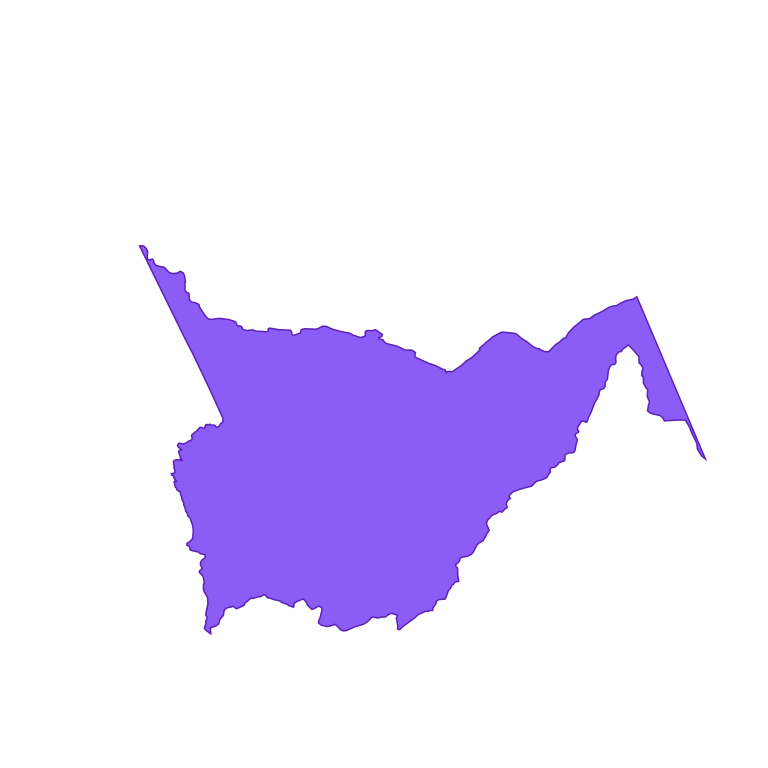 the district of Neno, Neno, Malawi, rotated 245°
{"feature_id": "42251766B14168102698524", "entity_name": "Neno", "entity_type": "district", "adm_level": 2, "iso_a3": "MWI", "parent_name": "Malawi", "parent_adm1": "Neno", "projection": "albers", "projection_center": [34.695, -15.51], "detail": "fine", "context": "isolated", "style": "filled", "palette": "violet", "viewbox_px": 768, "rotation_deg": 245, "n_neighbors": 0, "source": "geoboundaries", "source_scale": "gbopen_adm2", "svg_char_len": 6171}
<svg xmlns="http://www.w3.org/2000/svg" viewBox="0 0 768 768"><g transform="rotate(245 384 384)"><path d="M420.8,223.5L417.8,222.1L417.0,218.9L415.6,216.9L415.1,215.3L415.6,213.9L417.9,213.3L418.9,212.0L419.4,210.5L421.3,209.1L420.9,207.6L422.1,206.5L422.3,205.8L422.2,205.0L420.0,202.7L420.6,201.2L422.3,199.5L422.5,198.7L420.2,193.4L420.3,191.8L419.5,190.5L419.4,188.9L418.4,187.6L415.2,187.1L414.7,185.5L414.7,181.5L414.2,179.9L414.4,177.5L414.9,176.0L416.6,174.1L416.8,172.5L415.2,170.7L413.6,171.0L410.0,172.8L409.8,172.0L410.4,170.5L409.5,169.2L402.3,168.3L400.8,168.9L400.0,168.7L400.1,167.9L402.1,166.6L402.1,165.0L403.1,163.9L403.4,162.2L402.9,160.6L402.4,160.0L400.7,160.1L399.6,159.1L398.0,159.4L396.9,158.2L395.3,158.2L392.3,157.2L392.0,155.6L392.4,153.2L391.6,153.1L389.0,154.8L387.7,153.8L386.3,154.3L385.7,153.8L383.8,155.1L383.2,154.6L384.1,153.2L384.1,152.5L378.8,151.2L377.3,151.9L375.0,151.7L372.4,153.6L363.4,152.0L361.1,152.4L359.6,151.5L355.4,151.3L353.1,150.6L349.1,151.0L347.6,150.4L344.7,151.6L336.8,150.8L332.1,149.4L325.0,145.5L323.1,141.0L323.0,138.7L322.7,137.9L321.3,137.2L320.5,137.5L319.6,138.7L318.0,139.1L315.9,138.1L315.1,138.5L310.0,144.9L307.8,145.8L304.8,149.7L302.3,148.5L301.8,147.9L301.5,144.7L299.7,142.1L297.5,141.2L294.2,141.3L293.5,141.0L292.6,137.8L292.0,137.2L290.4,137.3L287.1,138.5L285.5,138.6L280.1,137.2L278.4,135.6L274.8,133.8L271.6,133.2L265.1,133.9L259.1,131.5L250.8,125.2L249.2,124.8L247.6,125.1L246.2,124.4L244.1,122.0L241.8,121.2L239.6,118.8L238.2,118.0L235.8,118.6L230.8,121.4L236.7,123.8L236.1,125.3L235.8,129.3L236.1,131.8L236.9,133.2L240.0,135.7L242.2,140.7L246.3,143.4L247.2,145.6L247.4,148.0L246.5,151.1L246.3,153.4L242.8,155.1L242.6,156.7L242.5,163.0L242.7,163.8L243.9,164.8L246.1,173.1L245.1,174.3L244.4,179.9L243.4,182.1L243.8,186.0L242.9,187.3L240.6,187.7L239.1,188.5L238.3,189.9L234.9,193.3L231.9,197.4L228.5,199.7L225.2,203.2L223.0,204.1L222.4,205.6L219.9,207.5L220.3,208.2L222.4,208.9L223.2,210.4L223.7,212.7L223.4,219.9L219.8,221.2L215.7,221.2L210.6,223.2L209.9,224.6L210.3,230.4L209.4,231.7L207.5,233.0L205.2,232.1L200.1,228.1L196.2,224.1L194.6,223.8L191.8,225.4L188.2,229.9L187.2,234.6L187.0,237.8L184.1,239.4L179.4,240.8L177.6,242.6L176.4,245.6L176.3,254.7L174.9,263.6L175.5,268.4L177.7,274.5L177.5,275.3L174.7,279.2L173.5,284.2L172.3,286.6L173.2,291.4L173.1,293.8L168.7,298.6L166.5,296.2L158.8,294.2L156.8,292.9L156.0,292.8L154.9,294.0L154.8,295.0L155.9,297.3L159.2,313.5L160.6,317.7L160.4,325.6L159.2,328.5L159.3,330.1L158.2,332.3L160.2,333.6L163.1,338.4L163.9,338.6L165.0,339.9L165.4,341.6L165.2,343.3L163.3,348.1L163.5,348.9L167.4,353.1L169.5,354.9L170.5,357.4L173.0,360.7L173.1,362.4L174.2,363.6L174.5,365.2L173.5,368.3L180.7,370.4L185.3,372.6L186.9,372.7L188.4,372.0L189.9,372.6L191.4,377.3L193.9,379.5L194.1,380.4L194.0,382.1L192.5,386.9L193.0,392.1L194.3,394.4L198.7,400.0L199.7,402.5L200.1,407.5L203.0,411.9L204.7,413.7L206.9,417.5L213.7,417.7L215.2,418.6L216.9,420.6L219.1,425.5L219.4,427.9L219.0,431.2L219.9,434.4L218.0,436.9L219.7,440.8L219.6,442.8L220.0,443.5L222.5,443.8L224.7,444.8L226.1,447.0L226.9,450.2L229.3,449.7L230.0,450.2L231.8,455.5L231.1,463.4L229.2,473.7L229.3,475.5L230.9,479.5L231.3,481.9L230.4,486.8L230.3,491.0L230.7,492.6L232.3,494.6L233.9,497.6L236.2,498.3L237.4,499.3L236.5,503.7L237.1,506.3L238.7,509.6L238.1,514.7L239.0,516.0L242.8,517.9L243.6,519.4L243.4,522.1L241.9,526.3L242.2,528.0L243.5,529.4L247.1,531.8L250.9,535.1L252.5,535.7L255.9,535.4L257.3,536.0L257.8,536.7L258.2,540.1L258.9,540.5L261.3,540.1L263.1,541.6L266.9,547.5L265.1,550.2L263.9,550.8L264.2,552.4L266.8,554.7L271.3,560.2L277.5,566.5L282.7,573.7L286.8,576.6L287.5,578.0L287.0,581.3L288.4,583.5L291.8,584.8L294.1,588.6L301.3,593.0L304.3,596.1L305.3,598.4L304.4,600.9L304.7,602.5L306.0,603.6L308.5,604.4L311.4,606.0L313.0,608.1L313.8,610.4L313.2,612.8L314.9,615.7L315.4,619.9L316.3,621.9L309.2,624.4L301.0,626.6L295.4,624.1L292.1,625.2L289.5,625.4L287.9,624.9L286.4,623.0L282.7,621.1L280.3,621.9L275.0,619.4L272.5,619.8L269.9,619.7L268.4,620.5L267.5,620.5L261.4,617.3L255.6,617.1L252.3,614.2L248.2,611.5L245.9,612.6L243.8,614.3L238.6,621.0L235.4,622.3L232.1,622.5L226.7,636.1L224.1,641.4L223.4,642.0L215.0,642.7L211.6,642.2L198.1,642.4L192.8,640.6L186.9,641.1L183.6,641.9L180.3,643.6L356.2,650.0L355.6,645.6L357.3,638.1L357.2,631.9L356.7,627.8L358.0,624.0L358.4,620.7L357.5,611.9L357.5,604.3L356.4,597.8L358.3,592.2L358.2,591.3L355.2,579.7L353.9,576.3L352.2,572.5L349.1,568.3L349.5,565.8L347.7,560.1L347.3,556.7L343.7,546.8L345.8,542.8L349.7,539.8L350.5,539.7L351.5,537.5L354.8,534.9L362.2,531.2L367.8,527.6L373.2,525.3L375.3,522.9L380.8,513.7L381.3,511.6L380.8,502.5L376.1,485.6L374.6,485.6L373.0,481.5L370.8,474.2L370.1,468.4L368.1,462.0L366.3,451.0L368.4,447.4L368.5,445.8L368.1,445.2L371.2,445.3L372.6,443.4L378.7,438.6L384.8,432.4L395.0,423.8L395.8,423.5L396.5,423.9L399.1,425.8L402.0,424.3L403.7,422.4L405.3,418.3L406.3,417.1L412.6,412.0L419.8,403.2L422.1,402.1L424.5,401.7L427.1,398.6L428.3,398.8L428.0,402.1L429.1,403.1L429.9,403.3L436.8,399.2L437.4,395.9L439.7,390.8L439.7,390.0L438.7,388.7L435.7,387.5L435.4,386.7L435.7,383.5L436.3,382.0L441.1,376.9L444.2,374.7L450.1,366.7L455.3,360.6L460.4,356.2L461.8,354.1L462.3,352.5L462.1,346.9L462.9,344.5L467.6,335.6L468.1,333.2L467.9,331.6L465.8,330.1L465.6,329.3L466.3,322.5L467.5,321.5L470.6,322.3L472.2,322.0L477.8,311.5L482.9,304.1L483.0,302.5L481.0,301.3L480.6,300.5L480.9,299.8L486.0,290.4L488.9,287.5L489.9,283.5L491.1,281.3L493.5,279.0L495.1,279.3L496.6,278.9L498.7,276.0L499.3,275.7L502.4,275.9L505.0,274.0L508.8,269.5L513.1,262.5L515.6,254.6L517.0,252.6L519.0,251.5L522.3,250.7L531.7,249.3L534.2,249.9L536.8,248.0L539.8,244.1L541.3,243.5L542.9,243.4L548.4,245.4L549.1,245.2L551.0,243.5L553.4,243.3L557.0,245.2L558.4,245.4L560.3,247.1L566.6,249.0L569.4,249.0L571.5,247.6L572.5,246.4L571.7,244.4L573.1,239.8L573.9,238.3L576.4,236.2L582.8,234.1L585.8,229.8L588.1,227.4L590.6,226.8L593.7,227.4L594.6,227.0L595.2,226.7L595.7,223.4L596.2,222.7L597.0,222.6L600.2,223.6L603.7,225.7L606.9,225.9L610.6,224.6L612.7,221.0L613.2,220.8L510.1,222.8L492.1,223.5L448.3,223.8L420.8,223.5Z" fill="#8b5cf6" stroke="#5b21b6" stroke-width="1.5"/></g></svg>